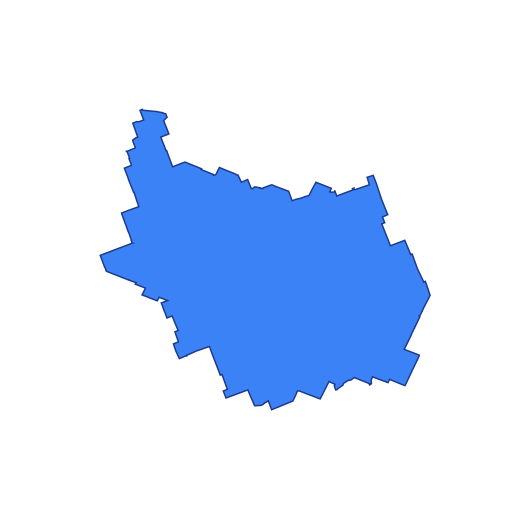 outline of Winton, Queensland, Australia, rotated 244°
{"feature_id": "25037944B95324883935739", "entity_name": "Winton", "entity_type": "district", "adm_level": 2, "iso_a3": "AUS", "parent_name": "Australia", "parent_adm1": "Queensland", "projection": "natural_earth1", "projection_center": [142.695, -22.507], "detail": "fine", "context": "isolated", "style": "filled", "palette": "blue", "viewbox_px": 512, "rotation_deg": 244, "n_neighbors": 0, "source": "geoboundaries", "source_scale": "gbopen_adm2", "svg_char_len": 4817}
<svg xmlns="http://www.w3.org/2000/svg" viewBox="0 0 512 512"><g transform="rotate(244 256 256)"><path d="M437.6,218.1L437.8,215.6L427.5,214.7L428.0,209.5L429.1,207.8L429.4,203.5L414.7,201.8L414.9,200.0L414.7,198.5L414.2,195.9L412.1,195.6L406.2,195.0L406.0,194.7L406.3,190.9L406.6,186.0L406.8,186.0L406.9,185.4L406.7,185.4L406.4,186.0L399.2,185.2L399.3,184.6L397.4,184.3L395.0,184.2L393.9,184.2L392.1,183.8L392.6,176.4L392.6,176.2L388.4,175.8L381.7,175.2L381.2,175.0L377.8,174.7L376.4,174.6L366.7,173.9L366.6,174.3L359.4,173.3L359.1,173.2L354.0,172.6L353.7,172.5L353.3,172.5L351.7,172.3L352.9,161.5L353.5,153.9L349.7,153.5L346.3,153.1L345.7,153.1L344.7,153.0L342.3,152.7L342.2,152.7L341.9,152.7L339.1,152.4L338.6,152.3L336.7,152.1L334.9,151.9L334.7,151.9L334.4,151.8L333.8,151.8L333.7,152.0L326.3,151.1L324.7,151.0L324.7,150.7L321.9,150.4L321.8,150.5L321.9,150.1L322.0,147.6L322.1,146.4L322.7,140.4L322.7,140.2L322.9,138.1L323.6,130.9L323.9,127.0L324.9,116.3L312.7,115.1L312.7,115.3L311.6,115.2L307.9,114.8L306.6,116.0L304.9,117.5L302.9,119.4L302.0,120.2L299.2,122.8L297.7,124.2L294.7,126.9L292.9,128.6L290.0,131.2L290.2,131.4L289.5,132.0L289.3,131.9L286.1,135.1L284.6,136.6L283.6,135.1L283.4,135.3L275.6,142.6L274.1,140.6L273.1,139.3L271.0,136.5L266.1,141.1L265.0,142.0L259.0,147.6L261.4,150.8L254.7,157.0L255.3,150.3L252.7,150.1L248.7,149.6L246.1,149.4L246.0,149.5L239.3,148.8L238.9,154.3L237.4,154.2L235.2,154.1L232.9,153.9L231.2,153.8L229.3,153.7L227.7,153.6L223.2,153.4L223.3,151.5L223.4,151.0L223.4,149.9L217.0,149.1L213.0,148.7L212.8,148.6L212.9,147.8L212.9,147.4L213.2,143.7L213.2,143.3L206.4,142.4L206.2,142.3L204.8,142.3L198.8,142.1L197.4,142.1L197.3,144.7L197.2,144.7L197.1,147.4L197.2,147.6L197.1,149.0L197.1,149.6L196.6,149.6L196.6,150.1L197.1,150.3L196.9,155.4L196.8,160.3L195.9,167.3L195.6,170.4L195.4,171.5L195.1,174.5L193.3,174.3L184.3,173.4L164.6,171.7L164.4,173.5L151.6,172.1L148.7,171.8L149.0,167.4L146.5,167.2L141.5,166.8L139.2,190.0L136.4,189.8L122.0,189.1L121.5,190.3L120.1,193.6L119.9,194.3L119.5,194.9L119.5,196.0L119.5,197.4L120.1,199.0L119.9,199.3L120.3,199.8L120.2,200.0L120.2,201.2L120.1,201.5L120.3,202.1L120.3,202.3L120.4,202.6L120.5,203.5L111.0,202.7L109.5,225.6L111.2,227.7L111.7,228.4L114.1,231.3L116.5,234.0L115.8,235.7L109.2,241.8L106.8,244.1L106.6,244.3L99.4,251.0L104.4,257.6L111.2,266.6L110.5,267.1L106.0,270.8L104.9,269.4L101.4,269.0L100.6,269.0L100.4,270.2L100.7,271.3L101.0,271.8L101.8,277.5L103.2,279.0L103.8,284.4L103.5,284.8L102.9,287.4L103.7,291.0L91.6,302.0L91.5,301.9L90.5,301.8L90.5,301.5L90.3,301.5L90.2,301.8L90.3,301.9L90.7,302.2L90.6,302.7L90.8,303.0L90.6,303.1L90.5,303.7L90.6,303.8L93.9,305.0L96.3,307.8L95.6,308.5L92.1,311.7L92.0,311.8L89.7,314.0L84.3,319.2L85.8,321.1L86.5,322.0L74.2,333.0L74.9,334.1L86.3,348.3L89.4,352.3L90.4,353.6L91.8,355.2L91.8,355.5L92.0,355.6L95.0,359.2L95.2,359.3L96.5,358.2L107.1,348.3L114.8,358.2L115.7,359.4L117.6,361.6L121.2,366.0L121.5,366.7L122.1,367.2L127.3,373.8L129.1,376.2L129.8,376.0L130.6,376.4L130.2,376.9L134.4,382.2L135.7,383.7L136.9,385.3L137.0,385.5L144.3,395.2L151.5,396.2L159.0,397.1L159.0,395.4L173.7,395.5L189.4,397.2L189.5,395.6L191.1,395.8L204.9,396.6L205.5,389.9L206.3,381.3L229.7,383.1L229.5,386.3L233.1,386.6L235.6,386.7L235.4,392.5L242.5,393.0L242.8,393.0L252.7,393.8L253.4,393.9L268.2,395.9L277.1,396.7L278.0,390.4L270.3,389.1L272.2,374.1L273.1,373.4L274.1,373.9L274.3,372.2L272.9,372.0L273.8,362.9L274.5,354.9L279.9,355.4L279.8,355.1L279.7,355.0L279.5,354.8L279.3,354.6L279.2,354.2L279.2,353.9L279.4,353.7L279.6,353.5L279.7,353.3L279.8,353.1L279.9,352.8L280.0,352.6L280.1,352.3L280.1,351.9L280.3,351.6L280.4,351.4L280.7,351.3L280.9,351.2L281.0,351.0L281.4,350.7L281.5,350.5L283.8,353.4L296.0,342.2L291.2,335.5L288.6,332.1L288.0,331.3L287.1,330.1L287.9,326.0L288.2,322.2L289.5,316.4L289.8,312.7L298.8,313.6L299.9,313.7L308.3,305.7L309.5,304.5L312.8,301.7L313.2,301.0L313.8,295.2L313.9,294.1L314.1,291.7L313.9,291.7L314.1,291.4L314.2,290.3L315.1,289.4L315.4,289.7L318.5,285.5L318.7,285.1L318.1,282.3L318.8,281.4L321.3,281.5L328.4,282.0L328.7,275.2L329.8,275.2L330.5,275.2L335.7,275.3L336.6,275.3L337.8,273.9L338.4,273.7L340.5,271.9L345.9,266.9L349.6,263.7L351.6,261.9L350.2,260.1L349.9,259.6L349.5,259.3L349.4,259.1L347.4,256.4L346.8,255.7L346.9,254.4L347.1,253.1L348.1,253.3L355.0,247.1L357.7,244.6L358.2,245.3L360.4,243.4L370.6,234.2L371.6,233.3L372.7,220.3L372.7,220.1L378.1,220.7L388.6,221.7L388.7,221.8L390.0,221.9L390.1,221.3L397.4,222.0L401.7,222.3L401.9,222.4L404.6,222.5L403.9,231.2L411.1,231.8L415.7,232.1L417.7,232.3L418.1,232.3L419.7,236.9L423.4,237.2L424.3,236.1L425.4,234.9L425.5,235.0L425.9,234.5L426.5,234.0L426.7,233.7L426.9,233.2L429.2,230.2L429.4,230.0L429.9,229.2L431.1,227.2L433.3,223.6L436.0,219.2L436.7,218.0L437.6,218.1Z" fill="#3b82f6" stroke="#1e3a8a" stroke-width="1.5"/></g></svg>